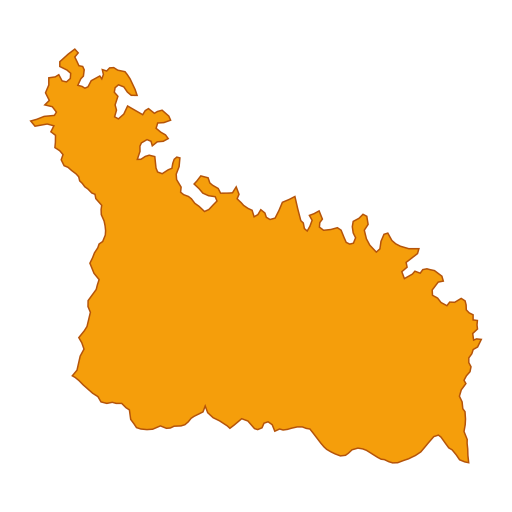 the district of Clevelândia, Paraná, Brazil
{"feature_id": "56859067B10537536811182", "entity_name": "Clevelândia", "entity_type": "district", "adm_level": 2, "iso_a3": "BRA", "parent_name": "Brazil", "parent_adm1": "Paraná", "projection": "natural_earth1", "projection_center": [-52.368, -26.309], "detail": "fine", "context": "isolated", "style": "filled", "palette": "amber", "viewbox_px": 512, "rotation_deg": 0, "n_neighbors": 0, "source": "geoboundaries", "source_scale": "gbopen_adm2", "svg_char_len": 4670}
<svg xmlns="http://www.w3.org/2000/svg" viewBox="0 0 512 512"><path d="M297.7,208.7L294.9,196.5L289.3,199.4L282.4,202.3L279.0,210.4L275.1,218.1L270.0,219.5L266.3,217.3L264.9,213.0L260.8,209.7L257.9,214.6L254.1,216.8L252.1,210.3L248.0,208.4L243.6,205.4L241.2,202.7L237.1,198.8L239.0,194.3L236.2,186.9L232.5,192.8L228.9,193.1L220.6,193.2L218.2,188.5L212.5,185.2L209.8,182.9L208.1,177.8L200.8,175.9L196.8,181.1L194.1,184.0L199.1,188.7L202.8,193.1L208.5,195.7L215.2,196.7L217.0,201.0L213.1,205.0L208.9,209.5L204.5,211.5L199.0,206.3L194.8,203.3L191.4,198.8L188.5,196.5L183.7,194.7L180.6,192.2L181.1,187.1L176.6,179.6L176.2,174.2L179.1,166.6L179.9,157.9L176.8,157.1L174.2,159.3L172.8,163.3L171.9,168.3L168.2,169.8L162.2,173.7L157.6,172.0L156.0,168.0L154.8,156.6L149.2,155.2L145.3,156.4L140.9,159.3L137.3,159.4L140.0,151.4L139.9,146.2L141.4,142.9L147.0,139.6L151.0,141.3L152.3,145.8L157.3,141.8L163.2,141.3L168.2,138.6L165.5,134.9L160.8,132.2L156.1,128.3L157.7,123.0L163.9,122.6L170.6,120.2L168.8,116.1L162.1,110.2L157.4,111.5L154.4,113.3L148.5,108.6L145.2,110.6L142.7,114.7L127.6,106.0L123.8,114.1L118.4,118.9L114.6,116.8L116.5,110.1L115.1,104.9L117.9,96.3L114.3,92.2L115.1,87.7L118.5,84.8L123.8,86.9L127.4,92.1L131.2,95.3L137.1,95.4L135.1,89.5L130.1,78.9L127.2,74.5L125.0,71.7L117.8,70.2L113.7,67.6L109.6,67.9L106.7,71.0L102.3,69.6L103.4,74.5L101.8,78.9L99.8,76.0L91.2,80.7L88.0,86.8L84.9,88.2L82.0,86.4L77.8,85.3L80.8,78.8L83.4,76.1L84.2,69.8L82.7,66.5L78.9,65.7L77.2,62.0L74.8,57.0L78.2,52.9L74.8,49.1L68.2,54.1L59.8,61.7L59.8,66.5L66.9,70.0L70.7,73.3L70.3,78.5L66.5,81.9L62.1,80.9L58.8,74.7L55.2,76.9L48.8,77.8L48.8,85.0L45.5,92.8L49.3,100.4L44.8,104.9L52.3,106.7L56.4,112.1L54.4,115.4L44.1,116.4L36.8,119.3L30.7,121.0L35.0,126.2L47.2,124.0L53.9,125.8L50.9,131.8L55.5,135.3L55.4,142.3L54.9,147.6L59.7,150.7L63.0,154.6L61.2,159.8L64.1,165.7L68.0,167.3L71.5,170.4L76.1,173.9L78.7,176.8L79.7,180.9L82.3,183.4L84.8,186.8L87.8,188.9L91.8,193.0L95.0,194.3L95.8,198.6L101.7,205.3L101.1,209.5L101.3,214.6L104.1,221.0L105.1,225.9L105.6,230.7L105.3,235.1L102.7,241.5L99.1,244.0L97.8,247.8L94.5,252.8L92.6,257.7L89.9,263.2L94.0,273.3L99.1,279.6L97.4,284.8L96.2,289.5L88.1,300.6L88.0,306.6L90.4,312.3L87.0,326.5L84.3,330.8L78.8,337.6L81.8,342.8L84.0,349.1L80.2,356.1L77.0,370.2L72.3,375.8L75.1,377.4L78.9,380.5L83.3,385.0L92.7,393.3L97.9,396.6L101.0,401.9L106.8,403.4L112.3,402.3L116.2,403.4L121.7,403.4L126.0,407.7L129.4,409.9L130.7,419.4L133.9,423.7L136.5,427.6L140.8,429.0L146.9,429.6L152.7,429.2L160.4,425.9L166.4,428.3L170.3,428.0L174.1,426.2L181.0,425.9L184.9,424.7L188.2,421.9L191.1,418.3L194.1,416.3L203.0,411.9L205.2,406.0L207.7,412.7L213.1,417.7L219.5,420.8L227.3,425.9L229.9,428.3L234.1,425.1L241.7,418.7L247.9,421.0L254.5,428.6L257.7,429.6L262.0,427.8L264.0,423.2L268.1,421.8L272.2,424.7L274.8,431.2L279.6,429.0L283.1,430.0L287.4,429.4L291.5,428.2L297.3,426.9L302.3,426.9L306.3,428.4L309.9,429.0L313.0,432.9L316.9,438.0L321.0,443.4L324.0,446.9L326.6,449.3L331.0,451.9L335.1,453.9L340.4,455.9L345.5,455.3L348.4,453.2L352.0,449.8L357.9,448.1L362.7,448.9L366.4,450.3L369.8,452.4L373.7,454.9L377.7,457.4L381.1,459.2L384.4,459.6L388.8,461.7L392.7,462.9L397.7,462.7L403.8,460.4L408.6,458.8L411.6,457.3L415.4,455.5L420.8,451.9L424.2,447.9L427.9,443.4L433.8,436.6L438.4,435.1L441.0,437.1L443.0,439.9L446.2,444.4L448.8,447.9L452.1,449.8L456.2,454.8L459.6,459.8L464.8,461.9L468.7,462.7L467.9,455.5L467.7,448.9L467.1,443.2L467.2,439.5L464.0,431.5L465.2,424.7L465.5,419.0L465.0,411.7L462.8,408.7L462.1,401.9L459.4,396.2L461.3,389.8L465.9,383.6L464.0,380.3L466.4,375.8L470.0,371.7L471.0,366.8L468.8,362.6L468.8,357.9L471.8,353.8L473.2,349.5L477.6,347.0L481.3,339.4L476.5,338.9L473.6,340.1L472.7,333.5L477.5,329.0L477.0,325.0L477.4,320.5L473.1,319.9L473.1,314.8L469.2,312.9L466.3,309.9L466.1,304.9L465.1,300.9L461.2,298.4L454.7,302.3L449.7,302.1L446.9,305.7L441.0,302.5L437.6,298.1L432.5,295.3L432.2,290.0L438.2,282.1L443.3,281.1L441.9,276.2L439.0,274.0L434.5,270.6L429.9,269.6L426.9,268.8L422.8,269.6L420.2,273.2L414.9,271.2L412.4,274.1L404.4,278.6L401.8,271.7L407.1,267.2L406.1,262.4L417.5,253.6L418.9,248.7L412.4,248.7L408.8,248.7L400.3,246.2L395.7,243.8L391.9,240.5L387.8,233.1L384.0,234.3L381.0,241.3L379.9,248.9L376.3,252.1L369.8,245.2L366.4,238.8L364.3,230.2L368.1,224.4L366.8,216.3L363.0,214.3L359.0,218.3L353.2,221.4L352.3,226.7L353.2,232.9L355.6,237.8L353.4,243.2L349.7,244.1L346.2,242.4L344.0,237.4L341.1,230.2L337.4,227.7L330.9,229.5L323.6,230.3L319.4,227.1L319.8,222.6L322.4,219.1L320.5,214.4L319.1,210.9L314.0,213.7L309.4,215.4L312.1,220.3L309.9,226.3L307.2,231.0L304.4,228.6L303.3,223.0L300.8,220.6L297.7,208.7Z" fill="#f59e0b" stroke="#b45309" stroke-width="1.5"/></svg>